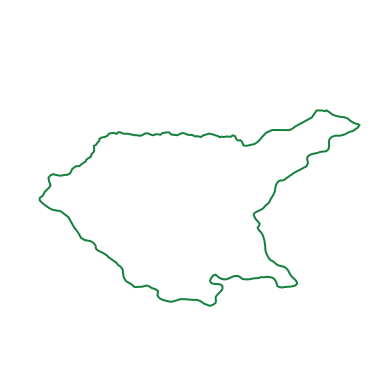 Nova Guarita, Mato Grosso, Brazil (Natural Earth projection), rotated 104°
{"feature_id": "56859067B53302973548403", "entity_name": "Nova Guarita", "entity_type": "district", "adm_level": 2, "iso_a3": "BRA", "parent_name": "Brazil", "parent_adm1": "Mato Grosso", "projection": "natural_earth1", "projection_center": [-55.345, -10.288], "detail": "fine", "context": "isolated", "style": "outline", "palette": "green", "viewbox_px": 384, "rotation_deg": 104, "n_neighbors": 0, "source": "geoboundaries", "source_scale": "gbopen_adm2", "svg_char_len": 4380}
<svg xmlns="http://www.w3.org/2000/svg" viewBox="0 0 384 384"><g transform="rotate(104 192 192)"><path d="M80.2,81.2L81.5,82.5L81.4,85.3L82.1,88.3L82.7,90.8L90.7,93.8L103.6,107.8L106.9,110.5L108.5,112.8L112.4,129.1L116.5,134.4L118.1,135.3L121.2,137.1L124.8,138.8L126.2,139.6L128.3,141.1L129.8,142.4L131.2,144.5L132.3,147.0L133.2,148.6L134.1,150.8L134.3,153.4L131.1,155.7L130.1,157.5L130.9,159.7L130.2,161.7L128.4,162.9L127.2,164.1L127.3,166.4L129.0,167.6L129.4,169.9L129.8,172.0L130.9,174.2L131.1,176.6L132.1,178.3L131.5,180.3L131.4,182.8L131.1,185.5L131.2,189.4L132.7,192.0L134.4,194.9L136.5,196.6L136.5,199.8L137.3,202.6L136.6,205.6L137.3,208.5L137.4,210.9L137.0,213.2L137.0,215.4L138.6,217.7L140.5,220.1L140.9,223.3L141.2,226.2L139.7,228.5L140.5,231.8L142.0,234.9L144.0,236.3L144.3,238.9L144.7,241.3L146.0,242.7L146.6,244.7L146.0,246.8L145.8,249.0L146.6,251.8L149.0,254.1L150.2,256.6L150.2,259.0L150.8,261.5L150.9,264.8L151.0,268.4L151.4,270.2L152.0,272.1L151.8,274.0L151.4,275.9L151.9,278.1L153.8,279.1L153.6,282.4L155.3,286.5L157.9,287.8L159.6,289.7L161.0,292.9L162.6,294.6L164.7,294.4L167.9,296.1L169.5,296.6L170.9,298.3L173.5,297.5L175.9,296.8L177.6,297.5L179.8,298.6L182.5,298.8L184.2,300.7L186.2,302.3L188.2,302.5L189.8,304.2L192.6,306.6L194.1,307.4L195.1,310.9L197.0,312.4L198.2,313.6L200.4,314.1L203.3,314.8L205.4,316.9L206.0,319.0L206.8,320.9L207.8,322.9L208.2,324.9L208.4,328.7L208.2,330.8L210.0,333.3L212.7,334.7L214.5,334.1L216.5,333.0L219.8,330.9L222.4,331.7L224.7,333.3L227.6,334.9L231.4,335.8L234.7,338.3L236.7,337.9L238.2,336.0L239.7,332.8L240.8,330.2L242.0,327.1L242.6,325.0L243.0,322.7L242.8,319.3L242.4,316.5L242.6,314.5L243.4,312.4L244.3,310.5L245.3,308.1L246.5,305.5L247.9,304.3L249.8,302.6L252.5,300.0L254.6,298.0L256.3,296.0L258.3,293.4L260.5,291.1L263.3,288.7L264.5,285.0L264.4,281.1L264.2,278.7L264.8,276.5L265.7,274.5L267.4,272.5L269.4,271.9L270.9,270.7L271.6,268.8L272.1,266.1L273.2,261.7L274.0,259.4L275.4,257.4L276.2,255.2L277.3,252.4L278.8,248.4L280.7,246.1L281.5,243.8L283.0,241.5L284.9,240.1L287.0,239.4L290.2,238.2L292.0,237.0L293.8,235.2L294.8,233.5L295.9,229.5L296.7,227.3L297.8,225.8L298.0,223.9L296.5,219.5L295.9,217.3L294.2,214.5L293.6,211.9L294.5,209.1L295.0,207.2L295.1,204.1L296.2,201.0L298.8,200.7L300.4,200.6L301.8,199.5L303.2,197.1L303.6,194.9L303.8,192.3L303.8,186.8L303.0,184.3L298.7,177.2L297.7,172.8L296.5,165.1L295.8,162.5L295.5,160.5L295.8,157.5L297.5,153.1L297.8,149.7L298.2,147.2L297.2,145.7L296.0,144.0L294.1,142.4L291.6,142.4L289.8,143.3L287.9,143.5L285.7,142.7L283.8,141.6L281.9,140.3L280.2,139.4L278.2,139.1L275.9,139.7L274.8,141.9L275.1,144.6L275.8,148.1L275.8,151.1L273.9,153.1L271.7,152.8L270.0,152.2L268.0,151.3L266.6,149.5L267.2,147.7L268.6,144.9L269.1,142.1L269.1,140.0L268.5,137.9L267.1,135.5L265.5,133.6L263.8,131.3L262.8,129.0L262.4,126.8L263.2,124.0L264.2,121.8L263.8,118.7L263.0,115.7L262.0,113.6L261.0,111.6L260.3,109.6L259.8,107.9L259.2,106.2L257.8,104.3L257.4,101.6L256.3,99.5L255.9,97.2L255.7,94.9L255.8,92.7L257.0,90.5L258.8,88.7L260.6,87.5L262.4,86.6L263.2,84.2L262.8,81.3L262.0,79.5L260.8,76.3L259.9,73.3L258.8,70.9L257.5,69.0L255.6,67.8L253.6,68.8L252.0,71.0L250.7,73.4L249.2,75.7L247.9,77.1L246.5,78.3L245.0,79.6L243.3,81.9L242.4,84.4L242.3,86.4L242.4,89.0L242.1,91.6L241.1,93.8L239.7,96.3L239.2,99.0L238.0,101.1L235.8,103.1L234.2,104.6L232.0,106.0L230.4,106.8L228.9,107.3L226.9,107.8L224.1,109.0L221.3,110.1L218.8,111.6L217.0,112.8L215.5,114.0L214.2,115.6L213.1,117.6L210.8,119.7L208.2,118.7L206.3,118.7L205.1,120.4L204.0,122.1L202.2,124.3L199.8,126.3L198.2,126.7L196.6,125.7L194.5,123.3L193.0,121.4L191.3,119.5L189.4,118.3L186.8,117.1L184.3,115.0L181.6,114.2L179.6,113.9L177.4,113.1L174.6,112.3L172.9,112.0L171.2,111.8L168.7,112.1L166.4,112.2L164.5,112.1L162.5,111.5L160.8,110.7L159.5,109.1L158.7,106.5L157.0,104.7L155.2,103.3L153.9,102.1L152.5,100.9L150.4,99.0L148.2,97.1L146.6,95.3L144.4,92.7L141.9,90.0L139.5,87.3L136.6,86.5L134.6,87.0L132.7,88.0L130.7,88.5L128.8,87.9L127.6,86.8L126.6,85.3L125.6,83.6L124.2,80.6L122.7,78.1L121.6,76.4L121.0,74.2L119.9,71.6L117.6,70.0L114.8,70.0L111.8,70.7L109.7,71.5L107.0,71.2L104.6,69.6L103.3,67.6L102.4,65.7L101.9,62.9L100.6,60.1L99.4,58.1L98.1,56.5L95.8,53.9L93.8,50.6L91.5,48.6L89.4,46.7L86.6,45.7L86.0,47.5L86.0,51.4L84.6,55.6L83.0,58.8L82.6,61.7L83.3,67.5L83.3,71.2L83.1,73.8L81.1,78.7L80.2,81.2Z" fill="none" stroke="#15803d" stroke-width="2"/></g></svg>